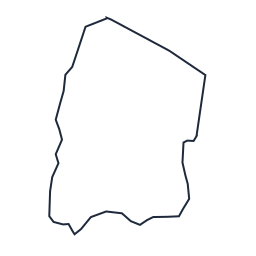 outline of Ödeshög, Östergötland, Sweden, rotated 93°
{"feature_id": "70781695B38762641138003", "entity_name": "Ödeshög", "entity_type": "district", "adm_level": 2, "iso_a3": "SWE", "parent_name": "Sweden", "parent_adm1": "Östergötland", "projection": "natural_earth1", "projection_center": [14.746, 58.253], "detail": "fine", "context": "isolated", "style": "outline", "palette": "slate", "viewbox_px": 256, "rotation_deg": 93, "n_neighbors": 0, "source": "geoboundaries", "source_scale": "gbopen_adm2", "svg_char_len": 715}
<svg xmlns="http://www.w3.org/2000/svg" viewBox="0 0 256 256"><g transform="rotate(93 128 128)"><path d="M236.9,175.8L231.5,169.7L218.9,160.4L212.5,145.4L213.5,129.6L220.9,120.3L224.1,111.0L218.8,103.9L218.5,103.3L215.6,98.2L214.6,83.9L213.5,72.5L206.1,68.9L195.9,63.4L195.6,63.2L180.8,65.4L172.3,68.2L159.7,71.8L139.6,71.8L137.5,68.2L137.5,61.8L132.0,58.9L131.8,59.1L71.1,53.5L48.7,90.8L20.5,150.7L19.1,154.8L19.5,154.6L29.1,175.7L60.2,184.2L69.9,186.9L78.1,193.3L94.4,194.2L102.7,196.1L106.6,197.0L123.5,200.6L133.0,196.5L143.1,193.3L158.0,198.8L166.8,195.6L181.0,201.1L195.2,202.5L220.2,202.0L225.7,197.4L227.7,187.8L227.0,182.3L233.7,178.1L236.9,175.8Z" fill="none" stroke="#1e293b" stroke-width="2"/></g></svg>